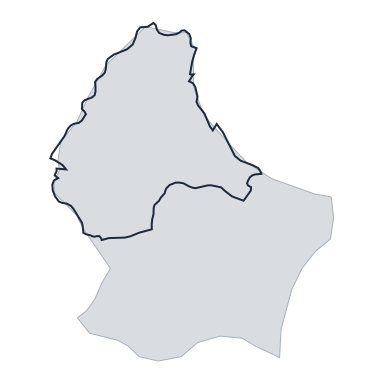 Diekirch highlighted on a map of Luxembourg
{"feature_id": "LUX-906", "entity_name": "Diekirch", "entity_type": "District", "adm_level": 1, "iso_a3": "LUX", "parent_name": "Luxembourg", "parent_adm1": "", "projection": "equal_earth", "projection_center": [5.98, 49.94], "detail": "fine", "context": "in_parent", "style": "outline", "palette": "slate", "viewbox_px": 384, "rotation_deg": 0, "n_neighbors": 0, "source": "natural_earth", "source_scale": "10m", "svg_char_len": 2327}
<svg xmlns="http://www.w3.org/2000/svg" viewBox="0 0 384 384"><path d="M196.2,47.9L193.3,60.3L193.8,87.9L204.2,115.7L228.4,143.0L247.1,162.9L272.0,178.8L314.3,193.9L331.2,197.0L333.6,217.5L330.4,239.1L315.8,251.0L302.1,268.2L291.8,289.3L281.0,329.7L279.6,357.6L255.1,346.0L242.3,338.2L220.0,336.1L197.7,342.5L181.0,356.7L158.2,361.0L139.2,356.7L128.1,346.0L118.0,340.4L89.6,333.2L77.4,317.8L86.7,310.6L94.8,299.2L101.7,283.2L110.4,268.3L82.6,227.8L76.9,215.4L54.0,192.5L54.3,180.9L59.8,169.9L57.8,161.3L61.0,141.0L77.0,121.7L87.7,97.9L105.7,65.6L145.4,26.6L173.8,32.6L186.3,32.4L193.9,46.7L196.2,47.9Z" fill="#d9dde1" stroke="#a8b0b8" stroke-width="1"/><path d="M196.6,48.2L194.1,54.9L192.3,61.2L190.0,74.2L190.7,74.5L192.9,74.4L193.7,74.4L192.3,76.0L189.0,81.3L192.9,83.2L195.3,87.0L197.5,96.6L196.5,101.8L198.1,105.5L204.4,113.4L209.9,126.4L212.8,130.4L216.7,124.0L222.9,132.3L234.9,156.0L240.6,160.7L252.9,165.3L258.2,168.1L260.0,170.6L261.4,173.8L254.7,174.5L252.0,175.5L249.9,177.3L247.8,181.2L247.1,183.3L247.9,185.3L249.1,186.1L251.0,187.1L251.0,189.1L250.7,190.7L243.6,200.7L232.0,196.4L224.5,190.6L221.2,187.4L211.2,185.3L207.6,185.4L195.4,188.2L192.0,187.5L188.7,186.2L183.5,183.3L179.2,182.6L175.7,182.6L169.6,185.0L166.3,188.4L165.5,190.3L164.6,193.4L160.8,197.6L159.0,200.8L154.5,205.0L153.7,207.7L153.5,214.3L152.2,219.3L151.7,224.4L151.8,229.3L139.2,232.7L130.1,236.4L124.6,237.6L108.8,238.1L101.7,240.0L101.6,239.0L99.5,236.2L97.1,236.1L94.8,236.7L92.7,236.4L90.6,235.4L85.5,234.1L83.2,232.6L83.3,231.5L82.5,225.0L82.0,222.8L73.4,208.8L71.0,205.9L66.4,203.5L62.5,203.0L58.8,201.5L55.0,196.2L52.8,190.4L52.3,184.9L53.9,180.5L58.2,178.1L54.7,175.4L55.3,173.7L56.0,172.6L56.6,171.3L56.5,168.6L66.1,169.4L62.7,165.2L54.7,160.1L50.4,158.4L51.9,154.0L64.5,136.1L65.9,133.1L66.8,130.8L68.1,128.4L71.0,125.3L73.6,123.9L78.9,122.8L81.9,120.5L85.9,114.2L84.5,111.6L81.9,109.0L82.3,102.7L84.6,100.2L91.9,97.5L94.6,95.2L95.5,91.6L95.5,87.2L95.1,81.9L97.2,79.0L102.5,75.3L104.8,72.6L105.7,69.5L106.4,62.0L107.7,59.1L113.7,54.6L127.2,49.2L132.6,44.6L135.5,37.9L137.0,31.6L140.1,27.4L147.8,26.7L153.4,23.0L155.7,25.1L156.9,29.5L159.1,32.9L162.3,34.2L163.9,34.8L168.0,35.3L176.2,34.2L179.4,32.6L181.7,30.6L184.5,30.3L189.2,34.0L190.8,38.2L190.4,42.6L191.2,46.2L196.6,48.2Z" fill="none" stroke="#1e293b" stroke-width="2"/></svg>